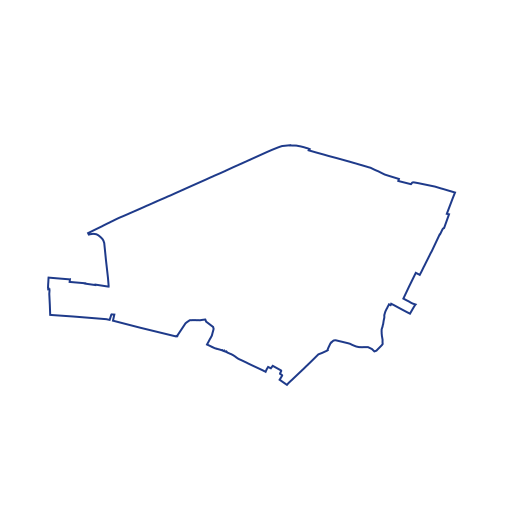 Otopeni, Bucharest, Romania (orthographic projection), rotated 34°
{"feature_id": "2599482B32051215942392", "entity_name": "Otopeni", "entity_type": "district", "adm_level": 2, "iso_a3": "ROU", "parent_name": "Romania", "parent_adm1": "Bucharest", "projection": "orthographic", "projection_center": [26.087, 44.559], "detail": "fine", "context": "isolated", "style": "outline", "palette": "blue", "viewbox_px": 512, "rotation_deg": 34, "n_neighbors": 0, "source": "geoboundaries", "source_scale": "gbopen_adm2", "svg_char_len": 5304}
<svg xmlns="http://www.w3.org/2000/svg" viewBox="0 0 512 512"><g transform="rotate(34 256 256)"><path d="M104.4,400.6L105.8,403.0L112.4,411.8L118.3,419.9L118.7,419.7L138.6,408.2L167.2,392.1L170.4,390.8L168.9,385.7L168.9,385.2L171.3,383.8L173.6,389.6L200.4,380.1L234.7,367.4L234.7,366.8L235.6,366.5L235.3,365.2L235.2,351.2L235.8,349.3L236.8,346.8L237.0,346.3L239.5,344.5L241.1,343.4L242.7,342.4L245.0,340.9L245.5,340.6L247.3,338.9L248.8,337.6L249.4,337.0L249.5,337.0L251.3,338.3L260.1,338.8L260.8,339.4L261.6,340.1L262.1,341.4L263.2,344.7L263.3,344.9L263.9,346.7L264.0,347.4L264.0,347.6L264.2,349.4L264.2,350.1L264.3,351.2L264.6,353.8L264.8,356.1L264.9,356.8L266.6,356.5L268.6,356.2L270.5,355.9L270.5,356.0L273.3,355.5L274.0,355.3L275.1,355.0L275.1,354.9L277.3,354.2L278.1,353.9L279.5,353.5L280.1,353.3L280.3,353.1L280.5,352.9L280.9,353.0L281.0,353.1L281.5,353.0L282.1,352.9L282.3,352.7L282.4,352.4L282.8,352.7L284.0,352.4L284.5,352.3L284.6,352.2L284.6,351.7L284.9,351.7L285.1,351.7L285.2,351.8L285.6,352.1L287.2,351.9L287.5,351.8L288.8,351.6L289.3,351.5L289.7,351.4L290.1,351.3L290.5,351.2L291.0,351.2L291.4,351.1L291.6,351.1L292.1,351.1L292.5,351.0L293.7,351.0L294.0,351.0L294.4,351.0L294.8,351.0L295.3,351.0L295.7,351.0L296.0,351.1L296.3,351.1L296.5,351.1L296.9,351.1L297.7,351.1L298.1,351.1L298.9,351.1L299.3,351.0L299.7,351.0L300.2,350.9L301.8,350.6L303.7,350.3L305.8,350.0L307.7,349.7L309.5,349.5L313.6,348.9L324.3,347.2L326.4,346.9L326.8,346.9L328.4,346.6L328.7,346.6L328.2,343.9L328.1,341.2L331.1,340.8L331.3,337.7L340.3,336.9L340.9,336.9L341.2,337.2L341.6,339.7L341.8,340.2L344.1,340.2L344.4,340.3L344.6,341.2L344.8,345.4L345.1,345.4L345.7,345.4L350.9,345.5L351.1,345.5L351.3,345.5L351.5,345.5L353.3,345.5L353.7,345.5L354.0,343.1L354.7,340.1L354.8,339.6L355.0,338.8L355.1,338.6L355.2,338.0L355.4,337.0L355.5,336.8L355.5,336.6L357.4,328.0L358.0,325.4L358.0,325.2L358.5,323.2L359.4,318.7L359.7,317.6L359.9,316.5L359.9,316.3L360.2,315.2L361.7,307.8L362.2,305.2L362.6,303.3L362.7,302.7L362.9,302.4L365.0,299.4L367.8,294.8L367.9,294.5L368.1,294.0L367.8,293.9L367.3,291.6L366.6,287.0L366.6,286.5L366.7,286.3L366.9,285.5L366.7,285.4L366.9,284.9L367.4,283.2L367.6,282.7L368.4,281.9L369.0,281.4L369.7,281.1L372.4,280.1L373.7,279.6L375.0,279.1L378.8,277.7L381.2,276.8L383.1,276.2L383.9,276.1L385.5,275.9L387.9,275.4L389.7,275.0L392.2,274.0L394.5,272.6L395.9,271.6L398.2,270.0L399.9,268.9L402.7,268.5L404.2,268.3L407.4,268.9L407.5,268.9L408.8,267.1L408.9,266.2L409.0,265.7L409.3,264.2L409.8,261.6L410.1,259.9L410.2,259.3L410.2,259.2L410.2,258.1L409.8,257.6L409.4,257.1L408.9,256.4L407.8,254.7L405.7,252.5L405.1,251.9L404.3,250.9L403.6,250.1L403.0,249.2L402.5,248.6L401.8,247.5L401.2,246.6L400.6,244.6L400.6,244.4L400.5,244.2L400.2,243.3L399.9,242.7L399.4,241.1L399.1,240.6L398.8,239.9L398.5,239.3L398.0,238.2L397.3,236.5L397.0,235.7L396.7,235.1L395.9,233.9L395.4,233.3L395.3,232.8L394.9,231.7L394.3,229.7L394.1,228.4L393.9,227.1L393.8,225.5L393.6,224.6L393.5,223.6L393.5,223.2L393.3,221.7L394.1,221.6L394.5,221.6L395.1,221.5L395.1,221.4L395.0,220.8L394.8,220.0L398.0,219.6L402.2,219.2L408.2,218.6L412.8,218.1L415.9,217.7L415.5,212.0L415.4,210.4L415.3,207.9L415.4,207.0L414.3,207.3L412.6,207.8L411.3,208.0L410.4,208.1L408.3,208.2L408.0,208.2L405.9,208.5L404.9,208.6L402.0,208.9L401.9,208.3L401.7,207.0L400.0,195.9L397.9,180.6L402.3,180.1L401.9,176.4L401.2,171.4L401.1,170.5L401.1,170.3L400.5,165.9L400.1,162.7L399.9,161.1L399.7,159.8L399.7,159.6L399.6,158.8L399.2,156.1L399.2,155.5L399.1,155.1L399.1,154.7L399.1,154.2L396.2,135.4L396.4,135.3L396.5,135.2L395.8,130.3L395.7,129.4L395.7,128.9L395.9,128.2L396.0,128.2L396.2,127.9L396.3,127.6L395.1,122.9L392.7,113.5L390.6,114.3L386.7,97.7L385.5,92.1L372.5,96.2L372.0,96.4L365.5,98.4L349.7,104.9L346.3,106.4L345.3,106.9L344.6,107.6L344.4,108.4L344.4,109.5L344.3,109.8L332.7,114.0L332.0,114.2L331.4,112.2L321.2,115.3L317.1,116.5L312.6,117.1L310.0,117.4L308.2,117.8L306.0,118.2L301.6,118.8L299.6,119.5L297.6,120.1L281.7,125.2L268.2,129.7L266.5,130.3L260.2,132.5L255.5,134.0L248.1,136.5L240.7,138.9L240.7,137.4L239.7,137.6L237.8,138.1L237.5,138.2L237.0,138.4L236.4,138.6L235.9,138.7L235.0,139.0L234.4,139.2L231.4,140.3L230.1,140.9L227.7,141.9L222.3,145.4L222.2,145.2L216.1,150.3L214.7,152.1L213.4,153.9L210.0,158.9L207.0,163.6L193.0,186.3L187.5,195.1L183.1,202.4L183.0,202.7L182.7,203.1L180.1,207.3L176.4,213.0L175.9,213.9L175.2,215.0L174.7,215.7L174.7,215.8L174.3,216.4L173.2,218.2L172.0,220.2L170.5,222.6L163.6,233.6L159.5,240.2L153.6,249.7L151.3,253.5L149.6,256.0L148.4,258.0L143.5,265.6L138.1,274.3L137.4,275.3L135.4,278.6L127.6,290.9L126.5,292.7L123.1,298.0L122.4,299.0L120.8,301.5L119.8,303.2L118.7,305.1L117.7,306.9L116.4,309.1L115.9,310.1L114.8,311.9L112.2,316.5L112.0,317.0L109.9,320.6L107.3,325.1L106.1,327.2L104.0,330.9L105.2,331.6L105.5,331.7L106.0,331.0L108.2,329.0L109.6,328.1L111.6,327.2L112.8,327.1L113.6,327.0L115.2,327.1L117.5,327.4L119.5,327.9L120.9,328.6L122.9,330.1L127.5,335.6L133.9,343.3L145.5,356.9L150.4,363.0L150.9,363.8L150.6,364.0L138.9,369.5L139.1,369.9L130.1,374.3L129.6,374.5L129.5,374.2L116.0,381.7L114.8,379.4L114.7,379.5L106.7,384.0L100.8,387.3L96.1,389.9L96.2,390.1L98.6,394.1L99.4,395.5L101.3,398.6L101.6,398.5L101.8,398.6L102.4,399.8L103.3,399.1L104.2,400.2L104.4,400.6Z" fill="none" stroke="#1e3a8a" stroke-width="2"/></g></svg>